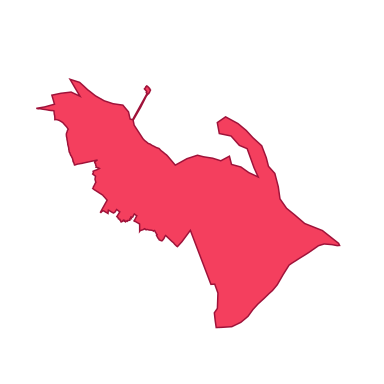 outline of Toliary-I, Atsimo-Andrefana, Madagascar, rotated 165°
{"feature_id": "10022922B36331574429859", "entity_name": "Toliary-I", "entity_type": "district", "adm_level": 2, "iso_a3": "MDG", "parent_name": "Madagascar", "parent_adm1": "Atsimo-Andrefana", "projection": "mercator", "projection_center": [43.678, -23.343], "detail": "fine", "context": "isolated", "style": "filled", "palette": "rose", "viewbox_px": 384, "rotation_deg": 165, "n_neighbors": 0, "source": "geoboundaries", "source_scale": "gbopen_adm2", "svg_char_len": 5023}
<svg xmlns="http://www.w3.org/2000/svg" viewBox="0 0 384 384"><g transform="rotate(165 192 192)"><path d="M320.7,313.1L319.1,312.2L317.3,311.8L315.2,310.8L313.6,310.1L312.1,309.5L310.6,308.8L309.4,308.2L308.3,307.7L306.8,307.1L305.5,306.7L304.4,306.2L304.5,305.2L304.7,303.9L304.9,303.0L304.9,302.3L304.9,301.5L305.0,300.9L305.1,300.1L305.3,299.2L305.5,298.2L305.8,297.4L304.4,297.1L303.2,296.5L301.7,295.5L301.0,294.8L300.2,294.0L299.4,293.1L298.5,291.9L297.9,290.5L297.4,289.6L297.0,288.7L296.6,288.1L296.1,287.0L295.7,285.8L295.3,284.7L295.9,284.2L296.6,283.3L297.2,282.3L297.9,281.4L298.4,280.5L298.6,279.5L298.8,278.8L298.8,278.7L298.9,277.8L298.9,277.1L299.0,275.8L299.2,275.0L299.2,273.8L299.3,272.6L299.4,271.8L299.5,270.9L299.7,270.0L299.7,269.3L299.7,269.1L299.7,268.4L299.7,268.2L299.7,267.8L299.7,266.9L299.8,266.0L300.0,265.2L300.0,264.3L300.1,263.7L300.2,262.6L300.1,261.9L299.8,261.3L299.9,260.4L299.7,259.7L299.7,258.9L299.3,258.0L299.1,256.7L298.8,255.5L298.8,254.4L298.9,253.5L298.7,252.5L299.0,252.2L298.6,250.9L298.5,248.5L297.7,248.4L297.0,248.5L295.3,248.6L293.7,248.4L292.3,248.3L290.8,248.1L289.3,248.1L274.9,247.4L276.2,247.1L276.9,246.8L277.3,246.5L277.9,246.4L278.3,246.1L278.4,245.3L278.1,245.0L277.8,244.3L277.9,243.7L278.1,243.3L278.1,242.8L277.9,242.2L278.0,241.4L278.3,240.7L277.7,240.5L276.9,240.1L275.3,238.7L276.1,238.4L277.0,238.4L278.0,238.1L279.0,238.0L280.6,237.9L282.2,237.6L282.2,237.0L282.3,236.0L283.1,235.3L283.3,235.1L281.1,232.2L282.4,229.5L282.4,226.2L283.3,225.4L284.1,224.4L284.8,223.6L286.0,222.4L286.7,221.1L286.9,221.0L285.7,219.4L279.5,212.6L279.1,212.2L278.8,211.5L278.3,210.5L278.1,210.2L277.3,208.6L276.7,207.3L276.1,206.1L277.1,205.0L278.7,203.4L281.1,200.9L282.2,199.8L283.6,198.3L285.6,196.2L285.3,195.8L284.9,196.0L284.3,196.4L283.0,196.9L282.5,196.8L281.5,195.9L281.0,195.3L280.5,194.8L279.7,194.1L278.9,193.2L278.7,193.0L278.4,193.8L277.7,195.7L277.5,196.1L276.8,195.6L276.4,195.1L274.3,192.9L273.2,192.0L272.7,192.2L272.4,192.2L271.9,192.4L271.1,192.9L270.6,193.4L270.0,194.0L269.3,194.6L267.0,191.6L266.9,191.5L270.2,188.4L271.0,187.7L270.7,187.3L270.4,186.9L270.0,186.3L270.1,185.3L270.0,185.1L269.4,184.7L268.8,184.3L268.8,183.9L268.9,183.5L268.5,183.1L268.5,182.7L268.2,181.4L267.6,181.5L266.9,181.6L266.0,182.4L265.9,182.4L265.8,182.1L265.4,181.7L265.2,182.2L264.9,181.8L264.7,181.5L264.6,181.8L264.4,181.9L264.3,181.4L264.1,180.9L264.0,180.4L263.4,180.6L263.1,180.7L262.8,180.8L262.1,181.1L261.9,180.6L261.4,181.0L261.1,180.9L260.7,181.0L259.4,180.8L259.2,181.0L259.1,182.0L257.5,181.9L257.8,183.5L257.5,183.7L257.2,183.6L256.1,183.1L255.8,183.1L254.6,184.5L254.3,184.8L253.4,185.7L253.0,185.2L252.5,184.6L251.9,183.7L251.5,183.4L252.2,182.5L252.8,181.9L254.2,180.3L255.5,179.1L255.3,178.8L254.8,178.4L254.6,178.5L253.6,177.4L251.9,175.7L251.5,175.2L251.0,175.0L250.9,174.6L251.6,171.8L252.5,168.5L252.6,167.9L252.7,167.6L252.3,167.9L251.8,168.1L250.6,168.2L250.0,168.2L248.8,168.3L248.1,168.5L247.5,168.9L247.0,168.7L246.8,167.8L245.8,167.3L245.2,167.5L243.1,166.3L241.6,165.8L240.9,165.5L240.1,165.0L239.5,164.5L239.3,164.2L238.8,164.5L238.1,164.5L237.9,163.6L237.7,162.6L237.4,161.8L237.2,160.9L236.8,159.9L237.5,159.5L237.2,158.0L236.7,156.0L236.2,155.1L236.1,154.3L235.1,153.5L234.3,152.9L233.7,152.6L232.5,153.3L231.2,154.3L229.6,156.2L228.7,156.8L227.7,155.2L225.7,151.9L224.1,149.3L223.0,147.8L222.3,146.1L220.8,143.6L220.2,143.0L214.6,146.6L203.5,155.4L199.5,116.3L197.6,97.9L193.9,97.1L193.1,87.7L195.6,79.5L197.6,73.0L201.7,69.5L202.9,61.6L203.7,54.8L198.9,53.7L188.4,51.6L178.5,53.5L170.1,57.4L163.6,62.7L157.2,66.8L149.5,70.8L144.0,73.9L139.8,76.0L133.7,80.3L125.3,88.7L117.1,96.3L114.0,97.4L105.8,100.0L95.3,103.2L83.7,107.4L77.8,107.6L70.3,104.9L65.6,102.6L63.3,102.2L63.7,104.5L76.0,121.0L83.8,126.8L91.3,132.4L98.7,143.2L104.9,151.8L108.8,162.6L107.3,174.7L107.2,188.5L111.5,197.0L111.4,205.9L112.7,218.6L119.2,228.8L123.7,237.4L129.9,246.2L140.1,255.9L149.6,252.5L150.5,241.4L139.8,236.0L134.2,224.8L127.5,219.6L126.7,210.1L125.8,199.4L124.2,189.4L132.1,196.0L138.3,203.5L146.7,208.4L146.6,216.9L156.1,214.7L163.3,219.3L171.7,223.0L177.2,226.1L180.9,225.9L188.2,225.5L196.6,223.4L201.2,222.3L202.1,224.2L206.1,232.7L207.0,234.4L208.2,235.9L209.5,237.8L211.2,240.0L212.6,242.6L215.0,244.2L216.9,246.0L218.6,247.4L220.0,249.1L221.7,250.2L223.0,252.1L223.9,253.3L224.5,254.1L225.6,256.2L230.6,271.5L230.3,276.5L219.8,287.0L210.9,296.9L210.6,296.9L209.0,298.4L208.6,298.1L208.0,298.7L207.8,298.7L207.3,299.2L206.9,299.8L205.7,301.2L206.4,302.6L206.1,302.9L207.4,305.2L208.2,306.2L209.4,305.6L209.4,305.2L211.3,303.9L209.7,300.9L210.5,299.8L209.9,298.8L230.6,277.3L230.8,277.4L231.1,277.5L231.5,277.7L232.1,278.0L232.4,278.2L232.6,278.3L232.9,278.5L232.6,285.8L236.3,293.8L245.4,297.7L249.8,300.6L253.2,302.8L260.4,309.9L265.1,316.2L266.3,317.7L269.2,322.4L272.2,327.0L280.6,332.4L278.1,323.1L275.4,313.5L282.9,319.8L293.2,321.3L302.3,321.8L302.1,312.4L312.3,312.3L320.7,313.1Z" fill="#f43f5e" stroke="#9f1239" stroke-width="1.5"/></g></svg>